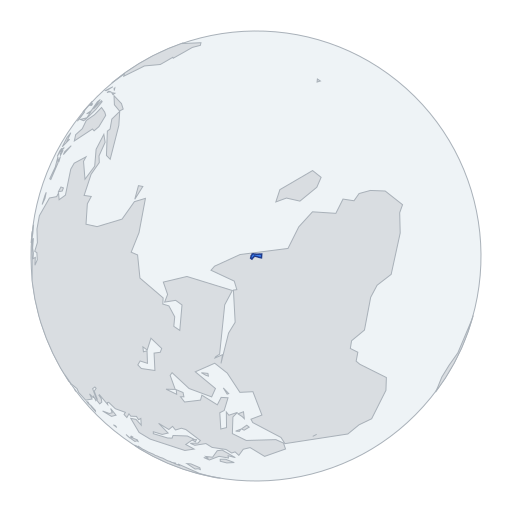 globe centered on Shabeellaha Hoose, rotated 219°
{"feature_id": "SOM-2316", "entity_name": "Shabeellaha Hoose", "entity_type": "Region", "adm_level": 1, "iso_a3": "SOM", "parent_name": "Somalia", "parent_adm1": "", "projection": "orthographic", "projection_center": [44.342, 1.971], "detail": "fine", "context": "on_globe", "style": "filled", "palette": "blue", "viewbox_px": 512, "rotation_deg": 219, "n_neighbors": 0, "source": "natural_earth", "source_scale": "10m", "svg_char_len": 7250}
<svg xmlns="http://www.w3.org/2000/svg" viewBox="0 0 512 512"><g transform="rotate(219 256 256)"><circle cx="256" cy="256" r="225" fill="#eef3f6" stroke="#a8b0b8"/><path d="M30.8,263.1L32.1,268.1L35.4,278.8L37.2,292.6L38.2,307.8L47.7,340.7L49.7,346.5L43.4,330.5L38.3,314.1L34.5,297.3L32.0,280.3L30.8,263.1ZM381.2,68.7L386.1,72.1L386.6,72.4L400.9,83.5L414.3,95.7L428.0,112.7L435.8,121.7L439.6,127.2L440.2,129.7L434.6,121.6L430.8,118.1L427.6,113.6L426.6,116.0L422.0,109.7L423.6,115.4L428.4,120.7L430.9,120.4L434.3,128.8L443.2,139.1L449.7,151.0L453.0,171.1L448.3,176.7L449.1,180.7L444.4,175.8L442.4,183.4L454.6,206.9L455.7,213.7L450.5,226.1L449.6,221.0L437.2,208.0L437.9,224.3L447.4,238.3L450.8,254.8L444.8,249.4L441.0,235.0L436.6,230.0L435.6,215.8L427.7,194.9L421.5,198.6L419.9,190.4L408.1,173.7L398.0,178.8L383.3,200.4L384.7,221.7L378.2,231.2L361.6,200.5L355.4,180.4L348.7,182.3L332.3,165.8L301.8,165.0L298.2,160.0L292.3,162.4L280.9,157.6L275.6,149.6L268.4,150.2L282.7,171.4L290.5,171.0L298.0,162.7L300.5,170.5L311.6,177.4L296.8,196.6L252.7,214.3L249.6,198.4L222.5,156.8L224.0,152.3L223.9,151.8L223.7,150.9L219.9,158.3L215.6,150.5L228.8,178.8L230.5,191.4L252.1,215.3L249.7,217.8L257.1,222.8L282.0,216.6L281.8,222.0L269.3,247.1L235.9,282.0L241.1,305.6L239.9,325.9L220.8,339.4L224.2,355.0L214.6,360.6L215.2,369.4L208.4,378.9L196.5,387.8L174.4,388.1L171.6,380.1L158.4,364.6L139.4,326.8L143.5,309.5L140.9,296.1L125.1,266.7L128.4,250.3L124.5,243.5L116.3,245.3L112.0,237.3L107.2,237.2L78.2,243.6L70.5,233.4L63.7,202.3L69.7,189.6L72.6,175.5L115.4,128.4L122.4,130.7L153.7,124.5L157.2,126.0L151.3,136.1L173.0,148.6L182.7,139.9L204.6,146.9L220.6,146.7L230.3,127.8L204.1,127.5L201.8,118.6L224.6,110.9L247.8,112.5L247.6,109.2L234.8,101.5L242.1,95.9L230.6,98.6L233.9,101.9L226.8,104.0L223.4,101.2L226.1,99.1L219.6,97.6L208.4,109.1L210.5,113.8L192.4,116.0L194.1,124.2L188.5,128.2L183.5,115.9L185.5,111.4L174.5,99.4L170.9,104.1L180.9,116.1L176.9,115.2L172.0,122.8L172.6,116.3L162.6,103.1L147.5,106.5L125.0,125.8L116.9,127.9L111.6,124.6L123.2,105.7L140.0,103.4L144.3,97.8L143.9,90.3L149.0,90.6L150.9,87.6L157.5,86.8L169.7,79.6L176.9,78.7L184.4,70.4L189.2,69.1L183.3,74.1L183.1,77.6L201.3,77.0L205.6,75.2L209.1,70.1L213.6,71.1L214.6,66.3L226.4,64.7L212.9,63.1L216.6,58.3L225.2,54.8L224.0,53.3L210.0,59.0L206.6,61.7L207.5,64.3L196.1,72.9L189.3,74.5L192.0,65.3L182.6,67.0L188.9,60.1L223.0,47.1L235.8,45.3L251.1,51.0L246.5,53.5L238.7,52.3L243.3,57.3L244.2,54.9L248.0,56.1L252.5,52.7L255.4,53.4L254.7,49.2L258.8,49.8L259.1,52.3L269.2,48.8L278.4,49.6L279.3,48.6L277.7,47.2L290.4,49.7L290.5,48.9L286.4,47.7L283.9,45.4L284.4,42.7L288.8,43.7L289.2,44.8L296.6,49.1L297.0,52.6L298.8,52.8L299.5,50.1L290.5,44.7L289.6,42.9L294.6,45.0L292.7,44.1L293.6,43.5L298.6,44.1L293.4,41.7L297.6,36.8L307.7,38.3L311.7,40.3L319.2,40.3L330.0,43.5L326.2,42.2L327.2,42.3L323.8,41.2L322.1,40.6L337.6,46.0L352.6,52.5L367.2,60.1L381.2,68.7ZM98.4,151.5L96.6,155.6L98.4,151.5ZM271.1,124.8L285.9,126.0L281.4,114.5L286.7,114.2L283.2,110.7L281.0,113.7L272.8,104.3L280.0,101.5L279.3,97.0L274.3,96.4L262.5,103.4L274.1,116.4L269.8,120.9L271.1,124.8ZM154.6,74.0L155.9,75.5L151.9,78.8L142.9,81.8L148.5,76.8L154.6,74.0ZM158.7,77.0L163.9,68.1L169.8,66.5L165.6,68.8L168.9,68.6L163.1,72.3L163.6,80.3L160.1,83.9L145.2,86.3L152.0,83.2L150.3,81.7L158.7,77.0ZM167.0,54.3L169.3,52.1L179.0,51.2L175.7,53.5L166.4,56.1L164.9,55.0L167.0,54.3ZM178.6,44.4L179.0,44.3L194.3,39.3L209.9,35.5L225.7,32.8L223.3,33.3L227.1,32.7L231.5,32.4L230.1,33.1L226.3,33.2L227.5,34.1L221.3,34.7L221.9,34.8L216.5,35.8L210.9,37.4L208.4,37.7L207.3,38.3L203.7,39.2L201.3,40.2L196.0,41.2L192.7,42.6L192.1,42.3L187.8,44.6L188.6,43.4L184.1,45.0L185.7,45.3L162.9,51.5L152.7,56.1L143.8,61.0L146.4,59.2L149.8,57.3L164.0,50.4L178.6,44.4ZM162.7,122.2L165.7,122.5L170.7,122.0L167.7,127.1L162.7,122.2ZM155.6,113.2L158.5,112.4L156.7,118.7L153.6,118.7L155.6,113.2ZM161.6,107.1L158.8,111.9L158.5,109.3L161.6,107.1ZM186.2,73.5L189.5,72.8L189.2,73.9L186.7,75.8L186.2,73.5ZM232.5,38.4L231.0,37.7L232.3,37.4L233.4,35.7L238.1,35.4L239.3,36.4L232.5,38.4ZM225.0,130.9L219.5,134.5L217.4,132.7L219.7,131.8L225.0,130.9ZM191.5,130.5L198.4,132.9L190.6,131.9L191.5,130.5ZM237.8,37.8L237.7,37.0L240.1,37.4L237.8,37.8ZM241.6,35.2L244.7,35.5L238.8,35.2L241.6,35.2ZM318.0,429.6L319.7,432.2L316.1,432.5L318.0,429.6ZM279.2,322.6L265.8,358.0L254.9,358.1L252.0,347.7L256.4,326.3L268.8,320.2L274.6,310.5L279.2,322.6ZM470.2,295.4L471.7,296.8L471.5,297.8L470.2,295.4ZM468.8,291.4L470.9,292.1L468.1,293.7L468.8,291.4ZM471.6,292.4L473.7,290.8L474.6,289.2L474.2,291.4L471.6,292.4ZM467.2,291.2L456.5,289.8L451.7,286.6L453.3,282.8L461.2,284.4L467.2,291.2ZM452.9,282.6L444.8,271.2L430.2,239.4L435.5,240.0L450.1,259.5L449.3,262.8L454.2,271.7L452.9,282.6ZM470.4,264.2L469.5,274.2L464.1,272.6L461.3,270.7L459.5,257.7L460.6,251.4L463.0,251.8L469.6,231.1L472.5,236.8L471.1,245.6L473.2,254.5L470.4,264.2ZM385.9,223.8L391.6,236.7L387.7,238.8L385.9,223.8ZM470.3,216.7L469.0,225.5L469.5,213.6L470.3,216.7ZM469.4,205.4L470.5,210.1L468.6,205.4L469.4,205.4ZM451.0,186.9L448.5,187.7L447.5,184.5L450.0,181.6L451.0,186.9ZM454.6,161.4L458.2,170.4L459.1,173.5L456.2,167.8L454.6,161.4ZM277.7,39.0L270.9,41.3L269.1,43.7L273.0,46.0L264.6,44.2L267.4,40.4L277.7,39.0ZM294.7,36.8L291.2,35.5L294.6,35.9L295.8,36.3L294.7,36.8ZM291.3,36.1L283.6,34.9L282.9,34.2L289.1,35.2L291.3,36.1ZM260.6,35.1L258.2,35.6L256.3,35.1L260.6,35.1ZM446.6,376.1L447.8,374.0L433.0,387.1L431.8,384.7L436.7,378.1L444.8,357.6L445.7,358.1L450.9,344.6L462.3,333.5L471.9,312.5L472.9,314.8L476.9,299.7L476.8,300.6L473.0,316.5L468.0,332.1L462.0,347.2L454.8,361.9L446.6,376.1ZM473.7,297.5L476.5,290.1L477.2,289.8L473.7,297.5ZM480.6,273.4L480.6,272.3L480.8,267.4L481.1,264.8L480.7,260.2L481.3,259.1L481.2,261.2L480.6,273.4ZM479.9,280.5L480.0,280.1L479.9,280.5ZM479.1,269.3L478.9,271.9L478.5,269.6L479.1,269.3ZM479.7,268.0L480.3,271.6L479.5,270.2L479.7,268.0ZM474.4,257.0L475.1,263.3L477.1,259.9L475.5,265.2L476.3,275.9L475.5,279.7L474.9,268.1L473.7,279.5L472.7,279.1L472.7,269.1L474.1,257.3L475.0,252.7L478.4,251.6L474.4,257.0ZM479.9,260.4L479.6,253.0L479.7,248.3L480.1,252.3L479.9,260.4ZM477.5,235.3L475.3,226.7L474.3,229.5L475.3,219.0L477.4,228.9L477.5,235.3ZM474.1,217.2L473.2,219.6L473.4,213.5L474.1,217.2ZM472.4,216.8L471.3,211.2L472.5,212.3L472.4,216.8ZM474.7,217.6L473.1,208.3L474.6,214.0L474.7,217.6ZM468.0,198.9L472.4,208.5L468.5,203.9L463.6,186.3L464.9,186.2L468.0,198.9ZM445.5,134.5L442.6,130.1L442.4,129.6L444.5,132.7L445.5,134.5ZM441.2,127.8L441.4,128.1L442.7,130.8L444.5,133.1L448.6,140.4L443.6,133.0L439.5,125.7L439.3,125.0L439.0,124.6L441.2,127.8ZM320.2,40.1L319.0,39.7L320.2,40.1ZM312.0,37.8L313.3,38.2L310.6,37.5L311.0,37.5L312.0,37.8Z" fill="#d9dde1" stroke="#a8b0b8" stroke-width="1"/><path d="M259.6,255.9L259.5,256.0L259.4,256.0L258.6,256.4L257.9,256.9L257.3,257.3L256.8,257.6L256.0,258.3L255.5,258.7L255.4,258.8L255.2,258.9L255.2,259.0L254.8,259.4L254.7,259.5L254.4,259.8L253.9,260.0L253.6,260.4L253.3,260.6L252.8,261.1L252.1,260.1L251.8,259.7L250.6,258.0L252.0,257.3L253.0,256.8L254.2,256.4L257.2,255.0L257.1,254.0L257.2,252.9L257.2,252.7L257.4,251.8L257.2,251.0L257.7,250.9L258.9,251.0L259.1,251.8L259.9,253.1L259.9,255.2L260.1,255.3L259.6,255.9L259.6,255.9Z" fill="#3b82f6" stroke="#1e3a8a" stroke-width="1.5"/></g></svg>